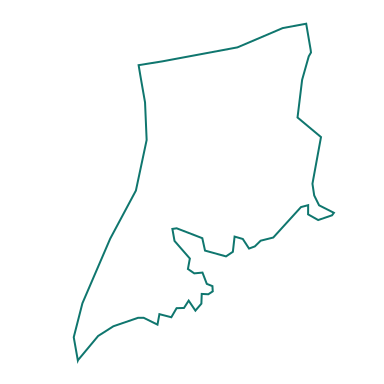 outline of Rakwon, Hamgyŏng-namdo, North Korea, rotated 349°
{"feature_id": "82179303B33699377246047", "entity_name": "Rakwon", "entity_type": "district", "adm_level": 2, "iso_a3": "PRK", "parent_name": "North Korea", "parent_adm1": "Hamgyŏng-namdo", "projection": "mercator", "projection_center": [127.798, 39.909], "detail": "fine", "context": "isolated", "style": "outline", "palette": "teal", "viewbox_px": 384, "rotation_deg": 349, "n_neighbors": 0, "source": "geoboundaries", "source_scale": "gbopen_adm2", "svg_char_len": 951}
<svg xmlns="http://www.w3.org/2000/svg" viewBox="0 0 384 384"><g transform="rotate(349 192 192)"><path d="M47.8,335.6L48.0,335.3L72.4,315.4L89.2,308.8L115.0,305.2L120.6,306.3L132.8,315.6L136.7,305.7L147.8,311.0L154.7,303.1L162.0,304.3L168.0,298.0L172.7,309.1L179.9,303.4L182.1,293.9L188.5,295.5L193.4,293.5L194.1,288.3L189.0,285.0L186.9,273.1L178.7,272.3L173.3,266.8L173.7,265.8L177.2,256.9L165.5,236.7L165.7,224.5L170.0,224.7L193.3,239.3L193.6,252.0L213.1,261.7L220.7,258.5L225.3,243.9L232.9,247.8L237.2,258.4L243.3,257.4L250.1,252.9L263.1,252.2L296.1,227.6L303.5,227.1L301.7,236.1L310.5,243.6L325.0,241.6L327.3,239.5L314.2,229.3L311.3,218.7L311.8,206.9L329.1,162.7L309.8,139.0L321.5,102.9L332.5,81.1L335.4,77.8L335.6,75.1L336.2,48.6L312.3,48.4L264.2,58.7L226.0,58.4L202.0,58.2L187.7,58.1L163.8,57.3L163.5,68.5L163.0,95.1L157.4,132.3L137.2,179.9L102.8,222.2L63.2,280.3L48.2,312.0L47.8,335.6Z" fill="none" stroke="#0f766e" stroke-width="2"/></g></svg>